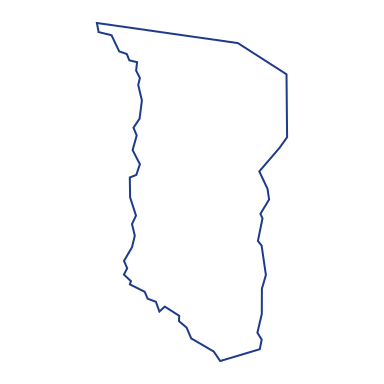 San Augustine, Texas, United States of America
{"feature_id": "52423323B87261257392916", "entity_name": "San Augustine", "entity_type": "district", "adm_level": 2, "iso_a3": "USA", "parent_name": "United States of America", "parent_adm1": "Texas", "projection": "equal_earth", "projection_center": [-94.22, 31.376], "detail": "fine", "context": "isolated", "style": "outline", "palette": "blue", "viewbox_px": 384, "rotation_deg": 0, "n_neighbors": 0, "source": "geoboundaries", "source_scale": "gbopen_adm2", "svg_char_len": 797}
<svg xmlns="http://www.w3.org/2000/svg" viewBox="0 0 384 384"><path d="M129.9,284.4L144.7,291.8L147.7,298.7L155.9,301.8L159.4,311.5L164.8,306.6L179.2,315.8L179.0,321.2L186.6,327.6L191.2,338.4L213.7,351.5L220.2,361.0L259.8,349.2L261.7,339.6L257.4,332.7L261.8,314.0L261.9,288.7L265.9,275.0L261.6,245.6L257.9,241.0L262.5,218.4L260.4,213.9L269.1,199.5L267.5,188.8L259.3,171.4L279.4,148.0L287.1,137.2L286.5,74.3L237.9,43.1L96.9,23.0L98.6,32.1L111.5,35.2L119.2,51.4L126.8,54.0L129.3,60.3L137.1,62.2L136.1,70.6L139.9,78.0L138.2,84.9L141.9,100.4L139.6,118.6L133.5,127.7L136.7,135.5L132.6,150.1L139.9,164.2L136.3,174.9L129.8,177.5L130.1,197.4L136.0,215.6L132.0,224.1L134.8,235.7L132.0,247.3L124.0,260.9L127.2,268.3L123.9,274.6L130.9,281.1L129.9,284.4Z" fill="none" stroke="#1e3a8a" stroke-width="2"/></svg>